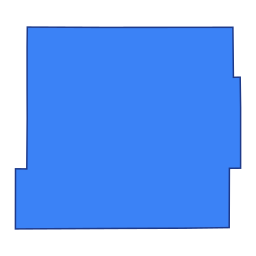 the district of Henry, Indiana, United States of America
{"feature_id": "52423323B38400946045463", "entity_name": "Henry", "entity_type": "district", "adm_level": 2, "iso_a3": "USA", "parent_name": "United States of America", "parent_adm1": "Indiana", "projection": "robinson", "projection_center": [-85.404, 39.932], "detail": "fine", "context": "isolated", "style": "filled", "palette": "blue", "viewbox_px": 256, "rotation_deg": 0, "n_neighbors": 0, "source": "geoboundaries", "source_scale": "gbopen_adm2", "svg_char_len": 332}
<svg xmlns="http://www.w3.org/2000/svg" viewBox="0 0 256 256"><path d="M27.3,27.1L27.1,47.3L27.1,87.2L27.2,118.1L26.8,168.9L15.5,168.8L15.4,228.9L122.2,228.4L183.4,228.2L229.2,227.6L229.4,168.3L240.6,168.2L240.6,107.7L240.2,77.2L233.4,77.3L232.9,27.3L103.2,27.4L27.3,27.1Z" fill="#3b82f6" stroke="#1e3a8a" stroke-width="1.5"/></svg>